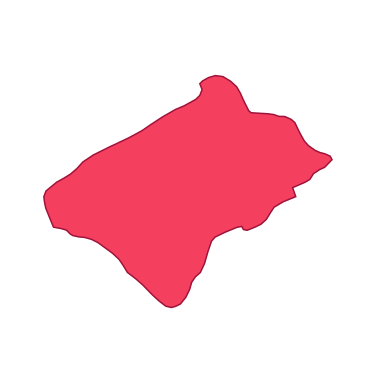 outline of Douigni, Nyanga, Gabon, rotated 339°
{"feature_id": "22940354B25852434445694", "entity_name": "Douigni", "entity_type": "district", "adm_level": 2, "iso_a3": "GAB", "parent_name": "Gabon", "parent_adm1": "Nyanga", "projection": "orthographic", "projection_center": [10.944, -2.448], "detail": "fine", "context": "isolated", "style": "filled", "palette": "rose", "viewbox_px": 384, "rotation_deg": 339, "n_neighbors": 0, "source": "geoboundaries", "source_scale": "gbopen_adm2", "svg_char_len": 1354}
<svg xmlns="http://www.w3.org/2000/svg" viewBox="0 0 384 384"><g transform="rotate(339 192 192)"><path d="M287.2,233.5L287.5,224.0L301.3,223.4L306.5,222.5L312.0,218.4L319.3,216.8L324.6,216.5L334.3,212.0L333.8,208.0L329.7,203.9L325.6,201.0L321.9,197.3L317.3,190.4L315.2,184.8L314.3,179.1L313.5,172.1L312.9,164.1L310.6,159.7L305.7,154.8L300.2,152.5L296.1,149.0L290.6,146.0L283.7,142.9L275.6,139.2L274.1,136.5L272.9,124.3L272.6,117.3L271.4,109.8L267.7,102.4L262.3,95.4L255.6,91.7L248.6,91.1L241.9,92.0L238.1,93.7L238.1,100.0L233.9,104.6L228.6,106.9L215.6,108.7L206.4,109.0L191.5,111.3L177.6,114.3L167.3,116.8L152.1,118.8L131.5,120.3L112.9,122.1L101.0,124.8L92.9,128.9L84.7,131.8L75.2,133.5L73.7,133.7L69.3,134.3L61.2,137.0L56.1,138.7L52.0,143.3L50.8,148.0L49.7,154.5L49.8,162.8L49.9,167.5L50.1,175.2L56.8,179.3L61.1,182.6L63.2,187.5L65.3,190.1L70.5,193.5L75.3,195.8L81.2,200.2L86.0,205.5L90.5,212.4L95.7,220.5L99.7,228.6L101.4,235.8L102.9,244.0L108.1,252.4L112.5,260.7L117.9,273.3L122.2,282.0L126.6,289.2L131.3,292.4L135.6,292.9L141.1,292.4L148.6,288.0L155.0,282.0L159.3,276.2L164.8,272.4L171.0,270.1L178.2,263.1L185.8,253.0L192.7,244.8L197.6,242.3L208.9,241.4L221.4,241.1L226.1,242.0L226.6,245.5L229.7,247.5L238.1,247.4L244.9,246.8L251.6,244.2L257.9,239.4L263.2,235.6L273.6,233.8L287.2,233.5Z" fill="#f43f5e" stroke="#9f1239" stroke-width="1.5"/></g></svg>